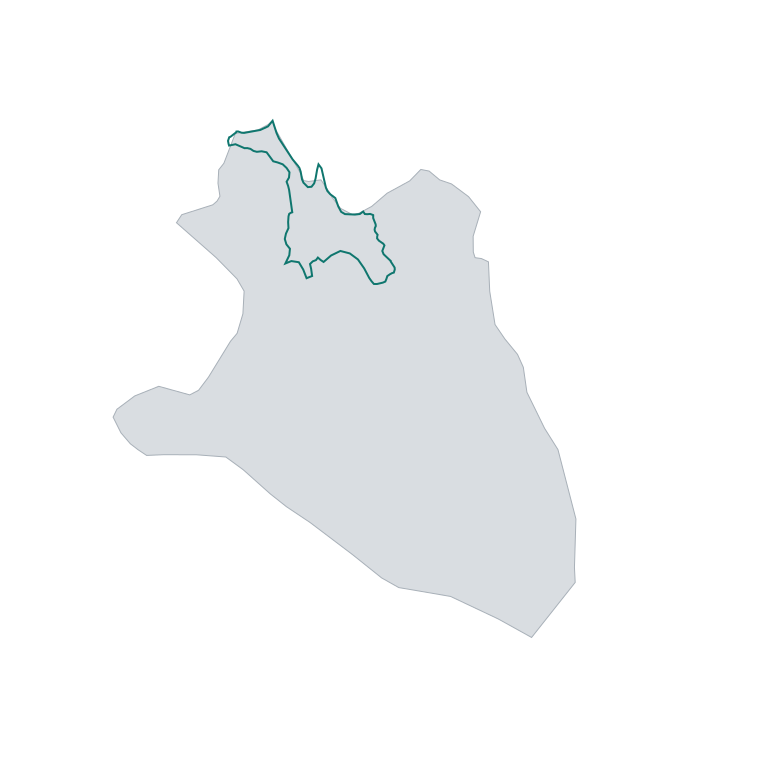 Muyinga highlighted on a map of Burundi, rotated 307°
{"feature_id": "BDI-2644", "entity_name": "Muyinga", "entity_type": "Province", "adm_level": 1, "iso_a3": "BDI", "parent_name": "Burundi", "parent_adm1": "", "projection": "robinson", "projection_center": [30.357, -2.724], "detail": "fine", "context": "in_parent", "style": "outline", "palette": "teal", "viewbox_px": 768, "rotation_deg": 307, "n_neighbors": 0, "source": "natural_earth", "source_scale": "10m", "svg_char_len": 2592}
<svg xmlns="http://www.w3.org/2000/svg" viewBox="0 0 768 768"><g transform="rotate(307 384 384)"><path d="M527.0,136.5L522.5,143.1L502.1,190.4L498.1,197.5L500.4,201.9L509.1,210.8L504.0,225.7L501.9,229.7L498.1,243.6L500.2,256.4L505.1,261.1L518.4,267.3L538.3,271.7L561.7,282.3L577.5,284.3L581.2,291.9L580.5,305.6L584.4,317.5L584.5,338.8L579.7,357.5L555.6,366.3L543.1,375.9L539.7,380.7L542.8,386.3L544.4,393.9L521.7,412.6L498.3,436.9L492.7,453.4L488.0,472.8L481.2,485.2L463.4,503.1L445.2,539.0L436.3,562.4L391.7,618.5L352.1,646.5L340.6,656.1L270.4,654.4L265.1,616.6L254.4,565.0L230.3,518.3L227.7,498.8L228.8,461.2L228.9,408.3L227.3,379.9L227.8,359.2L230.8,323.1L230.5,301.6L214.6,276.8L194.8,250.4L184.1,237.4L183.5,227.0L183.6,217.4L186.7,203.3L194.5,187.6L203.1,185.9L224.4,192.1L246.6,205.5L258.4,235.4L267.4,239.7L283.8,239.7L325.7,235.7L336.1,236.2L355.1,229.1L374.0,216.4L379.5,203.3L383.9,174.0L387.9,121.2L397.5,120.6L424.0,139.4L429.6,140.6L435.2,140.0L444.4,130.6L455.6,123.1L463.9,123.3L494.6,114.5L511.0,130.4L521.5,135.3L527.0,136.5Z" fill="#d9dde1" stroke="#a8b0b8" stroke-width="1"/><path d="M487.9,111.9L489.0,112.6L496.1,114.5L496.8,114.2L497.9,115.5L499.0,119.1L500.3,121.1L512.4,132.3L519.9,136.3L527.2,136.6L519.8,147.1L516.8,152.5L508.4,175.8L506.5,183.8L505.6,186.5L503.4,189.7L498.1,195.4L496.3,198.5L495.4,204.7L497.9,207.4L502.2,207.5L506.9,205.7L514.9,201.6L520.0,199.5L518.6,204.3L505.8,219.5L504.0,222.8L503.2,226.8L503.2,233.2L498.3,240.6L495.7,246.2L496.2,250.6L501.8,258.8L505.2,262.4L509.2,263.6L508.2,266.4L509.5,268.4L511.5,270.6L512.4,273.7L512.3,273.8L510.0,275.5L506.5,281.2L505.2,282.4L503.2,282.8L501.5,283.7L500.4,285.1L499.3,289.1L497.7,289.8L496.1,290.9L495.4,293.7L495.6,299.0L495.0,300.9L489.2,302.6L487.4,305.6L486.3,315.4L485.9,315.6L483.4,322.4L481.9,323.7L478.9,324.8L477.4,323.7L475.2,322.7L472.2,321.7L469.3,322.7L466.6,323.4L464.3,322.1L459.6,318.2L457.8,315.7L458.6,312.1L459.8,308.4L464.4,298.6L467.8,288.2L467.7,278.1L464.0,269.1L454.8,264.4L445.1,262.3L444.9,258.7L445.2,255.1L442.0,255.1L439.1,253.3L435.3,252.7L432.1,256.5L427.0,261.6L421.9,258.5L426.8,250.6L430.0,242.7L426.4,236.0L420.9,232.7L429.8,230.9L435.4,227.5L436.8,222.0L440.1,217.5L445.1,215.2L451.0,213.9L455.6,210.0L460.5,206.8L462.8,205.9L464.6,206.5L465.9,207.4L481.9,191.4L484.5,188.2L486.9,184.5L491.7,183.9L496.2,181.1L497.9,176.2L498.5,170.9L496.9,165.7L495.2,161.5L498.4,150.8L496.2,146.2L492.9,142.7L491.6,139.5L491.4,135.8L490.1,132.8L488.4,130.7L486.1,121.1L481.2,116.8L482.2,115.4L484.3,113.1L487.9,111.9Z" fill="none" stroke="#0f766e" stroke-width="2"/></g></svg>